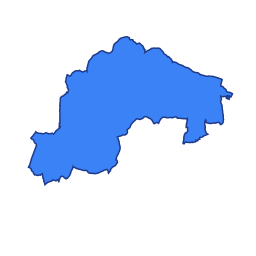 outline of Varbilau, Prahova, Romania, rotated 294°
{"feature_id": "2599482B35718345060420", "entity_name": "Varbilau", "entity_type": "district", "adm_level": 2, "iso_a3": "ROU", "parent_name": "Romania", "parent_adm1": "Prahova", "projection": "robinson", "projection_center": [25.962, 45.161], "detail": "fine", "context": "isolated", "style": "filled", "palette": "blue", "viewbox_px": 256, "rotation_deg": 294, "n_neighbors": 0, "source": "geoboundaries", "source_scale": "gbopen_adm2", "svg_char_len": 5813}
<svg xmlns="http://www.w3.org/2000/svg" viewBox="0 0 256 256"><g transform="rotate(294 128 128)"><path d="M210.5,194.3L210.7,192.8L210.5,192.2L210.3,189.3L209.7,184.7L208.5,181.5L208.3,180.5L207.6,179.7L207.2,178.8L206.3,172.9L206.1,172.3L206.4,172.1L206.2,171.6L206.9,170.0L206.9,169.7L206.0,166.2L205.9,164.0L206.6,162.3L207.4,159.2L206.8,154.7L207.3,152.4L207.1,152.3L207.2,151.5L206.8,148.7L207.1,147.7L207.4,145.4L207.1,143.1L206.6,142.1L206.2,141.9L207.0,141.5L208.6,139.2L209.7,135.9L209.1,135.5L210.1,133.4L210.4,130.6L210.9,129.9L211.5,129.7L213.6,124.7L213.3,123.2L212.1,120.8L211.7,119.5L210.2,117.0L209.7,117.0L209.2,116.4L207.9,115.7L206.4,114.2L205.8,114.1L204.6,113.1L205.0,112.5L204.4,112.4L206.6,111.6L206.7,110.4L207.3,110.1L207.5,109.4L208.1,109.3L208.8,108.3L209.2,107.3L209.5,105.7L210.1,104.5L210.1,104.2L209.9,103.9L210.1,103.7L209.6,103.3L209.3,102.8L208.8,102.5L208.2,101.7L208.8,100.8L209.3,99.3L209.2,97.9L209.6,97.4L210.3,96.9L210.5,96.5L210.4,96.0L210.1,95.0L209.6,94.4L209.5,93.5L210.5,92.7L211.0,92.6L211.0,90.3L210.6,89.3L210.0,88.3L207.1,84.9L205.4,83.9L203.6,83.6L201.3,82.5L201.2,82.3L200.0,81.8L199.3,81.4L198.4,81.3L196.0,81.6L194.5,82.1L192.0,82.4L191.0,82.1L189.1,80.9L188.4,80.3L188.5,79.4L188.3,78.6L188.3,77.6L188.0,75.7L188.3,74.8L188.3,74.2L188.2,73.5L187.6,72.4L186.0,70.8L184.0,70.1L183.7,69.6L182.1,68.6L180.0,66.7L177.1,66.3L173.7,65.2L172.9,65.1L168.5,65.8L167.2,66.1L166.1,66.1L163.1,67.5L163.4,66.9L162.5,65.4L160.9,64.1L160.7,63.4L160.6,62.2L161.0,60.2L160.1,59.6L159.7,58.5L158.6,56.5L156.0,55.0L154.7,54.6L153.0,54.5L152.3,54.3L151.7,53.4L151.9,52.4L151.9,50.8L148.6,51.2L146.0,52.0L145.2,51.9L141.6,55.7L141.0,55.7L140.5,55.9L139.0,57.8L138.5,58.2L137.0,58.5L135.3,58.3L135.7,57.5L133.9,57.3L133.0,56.8L132.6,56.3L131.9,56.3L130.8,55.8L130.0,54.6L127.8,54.0L127.2,54.4L126.1,54.6L125.2,55.2L123.1,55.7L122.2,56.2L120.8,56.5L120.8,56.9L119.7,57.2L119.6,57.4L117.3,58.1L115.2,58.9L114.6,59.5L111.1,61.0L107.1,62.7L105.1,63.7L104.4,63.9L104.3,63.4L102.4,64.3L101.2,64.6L101.8,65.4L100.9,65.5L100.7,65.8L96.5,63.6L95.4,63.2L93.4,62.9L92.1,62.4L92.5,60.9L90.6,58.5L90.3,55.0L88.8,53.7L87.9,52.3L87.8,50.8L87.3,49.9L86.7,47.9L86.8,46.2L87.1,45.3L85.2,45.1L83.4,44.5L82.0,44.4L81.4,44.0L79.2,43.4L78.7,44.8L78.6,46.4L78.4,46.9L77.4,47.7L76.5,48.8L76.4,49.1L76.3,50.4L76.2,50.6L74.6,51.5L61.0,52.3L52.7,53.4L52.6,53.0L51.6,53.1L51.7,54.0L51.6,55.5L51.3,55.7L50.9,56.5L49.9,57.1L49.5,57.8L49.4,59.0L49.0,59.6L48.2,59.9L47.9,60.7L47.1,61.8L47.8,62.7L47.7,63.6L47.9,64.9L49.0,66.2L49.3,67.2L51.3,68.3L49.3,69.8L49.0,69.8L47.5,70.9L47.1,71.2L47.0,71.7L45.6,72.7L45.0,72.8L44.9,73.2L42.4,75.2L43.9,75.8L45.6,76.8L46.1,77.1L48.6,80.0L50.1,80.5L50.4,83.6L50.9,84.1L52.1,84.6L52.4,85.3L50.7,86.4L50.7,86.6L54.3,86.2L56.1,86.5L57.0,87.1L57.3,87.9L57.3,88.4L57.1,89.2L56.5,90.3L56.8,91.4L56.3,91.9L56.6,92.3L57.5,93.1L60.7,93.9L62.9,94.0L65.4,93.6L67.6,93.8L70.4,93.5L69.9,94.0L69.8,94.6L70.5,95.6L70.2,96.3L70.0,97.6L70.4,98.3L70.3,99.5L70.7,101.1L71.1,104.8L72.2,106.7L72.1,107.0L72.3,107.4L72.1,108.0L72.1,108.6L71.5,109.1L71.0,110.3L71.2,111.4L71.2,111.9L72.1,113.4L72.0,113.8L72.3,114.9L73.0,116.3L73.0,116.8L75.1,119.5L76.4,120.4L77.9,122.0L78.9,122.8L79.6,123.1L80.6,124.5L81.3,125.0L81.2,125.3L81.4,125.8L81.1,126.8L80.1,127.7L79.2,128.1L78.8,128.6L80.6,128.9L81.7,129.3L83.3,129.0L84.2,129.2L86.1,129.8L87.1,130.7L88.9,131.9L90.6,132.0L91.7,132.4L92.1,132.4L92.6,132.2L93.3,131.5L94.1,131.0L93.9,130.1L94.6,129.8L97.7,129.3L98.9,129.4L100.0,129.7L101.6,129.5L104.4,129.5L106.3,129.0L107.7,128.4L110.2,126.3L112.1,125.3L112.8,124.5L113.6,123.9L115.5,121.9L115.9,122.5L117.2,123.7L117.9,124.8L119.5,126.0L120.1,127.5L120.8,128.5L122.2,129.2L123.1,129.3L123.9,129.2L124.8,128.8L126.0,127.9L128.6,129.3L129.4,129.5L132.0,129.4L135.2,130.1L135.8,130.6L136.8,130.7L137.6,131.3L139.8,132.0L140.2,132.8L140.4,134.9L141.1,135.9L142.7,137.5L144.2,138.0L145.4,138.9L145.6,139.5L145.8,141.9L145.5,142.6L145.6,144.8L144.5,147.5L142.7,149.5L142.6,149.8L142.7,150.4L142.9,150.6L144.0,151.1L144.4,151.5L144.9,152.9L144.7,154.0L147.5,154.0L149.1,154.2L152.0,155.3L152.8,157.2L153.3,159.8L154.9,162.5L155.0,163.1L155.3,163.7L155.3,164.4L156.8,165.8L157.6,167.0L157.7,167.9L157.1,168.9L157.1,169.4L158.1,171.3L158.4,172.9L159.1,175.0L159.5,175.7L159.8,177.0L161.0,178.2L160.4,178.7L159.4,179.0L159.2,178.8L158.7,179.1L157.2,179.5L156.3,179.5L153.1,180.5L152.2,180.9L152.5,181.3L152.7,182.3L151.1,182.9L149.8,183.7L147.8,183.5L146.9,182.8L146.6,182.8L146.6,182.5L146.3,182.6L145.2,182.2L142.1,182.8L139.9,183.8L137.8,184.1L136.2,184.6L136.4,185.7L136.5,185.8L138.3,185.9L140.2,191.3L141.3,192.2L141.4,192.5L141.1,193.1L142.1,194.1L142.5,195.0L142.9,195.0L143.2,195.5L144.6,195.0L144.6,195.4L144.1,195.6L144.6,196.7L144.9,196.9L145.6,196.8L146.6,197.5L147.0,198.1L147.5,197.6L148.4,197.3L149.0,198.3L150.2,199.8L151.9,200.6L153.7,202.5L154.8,203.4L154.8,202.9L155.4,201.4L157.6,199.2L158.5,198.7L159.1,198.7L160.5,198.1L161.7,197.3L162.3,196.6L165.2,195.6L166.9,195.6L166.5,196.1L165.0,197.2L164.7,197.7L165.2,200.0L165.9,202.1L167.6,204.4L168.0,206.0L169.1,207.1L170.1,208.5L169.9,209.5L168.9,210.9L168.8,211.4L170.4,212.4L171.5,212.6L172.3,212.5L173.1,212.1L174.5,211.9L175.7,211.0L178.6,209.7L180.7,208.1L181.5,207.8L184.6,205.8L186.9,204.7L188.6,202.8L189.9,201.9L190.4,201.7L192.1,201.8L192.9,201.3L193.5,200.5L194.8,199.8L194.7,200.7L194.8,201.0L195.1,201.0L195.3,201.7L195.3,202.3L196.0,203.2L196.4,204.1L197.3,205.0L197.4,205.3L196.3,205.3L195.8,205.5L196.6,206.1L198.3,206.2L198.3,206.6L197.9,206.7L195.2,206.5L195.4,208.7L198.4,208.2L198.2,208.7L198.4,209.5L201.8,209.5L202.0,207.5L201.9,206.3L201.4,204.8L201.4,203.3L201.7,202.9L202.6,202.2L203.2,201.4L203.3,199.9L204.4,197.8L204.1,195.7L205.3,195.2L210.5,194.3Z" fill="#3b82f6" stroke="#1e3a8a" stroke-width="1.5"/></g></svg>